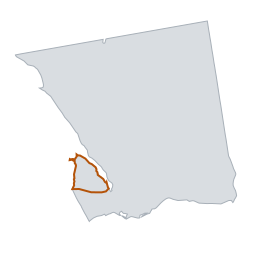 Janub Sina' on a map of Egypt (Robinson projection), rotated 170°
{"feature_id": "EGY-1557", "entity_name": "Janub Sina'", "entity_type": "Governorate", "adm_level": 1, "iso_a3": "EGY", "parent_name": "Egypt", "parent_adm1": "", "projection": "robinson", "projection_center": [33.959, 28.827], "detail": "coarse", "context": "in_parent", "style": "outline", "palette": "amber", "viewbox_px": 256, "rotation_deg": 170, "n_neighbors": 0, "source": "natural_earth", "source_scale": "10m", "svg_char_len": 3623}
<svg xmlns="http://www.w3.org/2000/svg" viewBox="0 0 256 256"><g transform="rotate(170 128 128)"><path d="M226.2,219.5L220.9,219.6L215.5,219.6L210.1,219.6L204.7,219.6L199.3,219.6L194.0,219.6L188.6,219.6L183.2,219.6L177.8,219.6L172.5,219.6L167.1,219.6L161.7,219.6L156.3,219.6L150.9,219.6L145.6,219.6L140.2,219.6L137.1,219.6L137.6,217.9L138.0,216.7L137.6,215.9L136.6,215.6L135.9,215.9L134.3,219.4L133.4,219.6L131.5,219.6L125.3,219.6L119.0,219.6L112.7,219.6L106.5,219.6L100.2,219.6L93.9,219.6L87.7,219.6L81.4,219.6L75.2,219.6L68.9,219.6L62.6,219.6L56.4,219.6L50.1,219.6L43.9,219.6L37.6,219.6L31.3,219.6L31.4,215.3L31.5,211.1L31.5,206.8L31.6,202.5L31.6,198.3L31.7,194.0L31.8,189.8L31.8,185.5L31.9,181.2L32.0,177.0L32.0,172.7L32.1,168.5L32.1,164.2L32.2,160.0L32.3,155.7L32.4,151.4L32.5,147.2L32.6,142.9L32.7,138.7L32.7,134.4L32.8,130.1L32.9,125.9L33.0,121.6L33.1,117.4L33.2,113.1L33.3,108.9L33.4,104.6L33.4,100.3L33.5,96.1L33.6,91.8L33.7,87.6L33.8,83.3L33.7,82.5L32.8,79.6L32.1,75.9L31.3,71.4L31.2,70.0L29.9,65.3L29.8,64.0L30.2,63.0L32.7,59.1L33.5,57.2L34.2,54.9L34.4,53.1L33.8,50.2L33.0,47.7L32.8,45.1L32.8,42.5L34.1,40.7L35.6,39.1L36.2,38.1L37.1,36.9L37.7,36.4L38.8,38.7L41.3,39.1L49.6,37.1L58.5,39.1L63.5,39.9L71.1,41.7L75.7,44.8L77.0,45.2L80.4,45.1L82.5,47.0L91.3,47.9L95.9,49.9L98.6,51.6L100.1,52.1L101.6,52.0L103.5,51.4L105.9,50.2L108.5,48.6L114.0,44.5L115.9,43.8L117.2,44.0L118.7,43.9L119.3,42.8L120.1,42.1L120.7,41.2L121.5,40.2L124.3,39.9L130.0,38.1L129.3,38.9L124.2,40.9L126.4,41.2L128.6,40.5L131.2,40.1L131.7,39.2L132.0,37.6L132.5,37.4L134.3,37.7L139.6,40.1L140.9,40.2L144.6,38.9L145.4,38.6L146.6,39.3L149.3,42.4L148.4,42.3L145.4,39.7L145.2,41.0L143.5,43.3L145.6,44.3L147.3,44.7L148.2,45.9L148.7,47.1L150.4,46.6L151.6,45.0L151.0,44.2L150.6,43.3L151.2,43.2L152.3,44.0L155.7,46.9L156.8,47.5L158.1,47.4L160.8,46.6L161.6,46.7L165.2,45.6L165.6,46.4L166.2,47.2L169.2,46.4L173.8,46.4L177.6,45.4L182.0,43.1L182.3,42.7L182.6,43.3L183.1,44.9L184.4,48.9L185.6,52.1L187.0,56.5L187.5,58.2L187.7,59.3L189.7,64.2L191.0,68.1L191.9,71.4L193.2,76.1L193.7,77.7L192.8,78.6L191.0,81.6L189.1,91.3L186.4,98.9L186.1,103.7L185.6,105.4L184.3,107.8L182.7,110.2L179.9,109.0L175.3,104.8L172.6,100.9L169.7,98.3L167.0,95.0L166.3,92.5L166.3,91.0L165.1,87.2L164.3,85.4L161.0,81.3L160.0,79.2L159.3,78.2L158.6,76.9L157.4,71.6L156.1,68.3L154.6,69.2L154.9,70.6L153.5,72.5L152.8,74.8L153.4,76.6L156.0,79.4L156.6,80.7L157.2,83.3L157.1,86.9L157.5,88.1L159.5,90.8L160.3,92.4L160.7,93.8L161.4,95.0L163.4,97.3L166.3,101.8L169.0,104.8L171.0,106.2L171.8,107.7L172.0,111.4L171.9,113.2L173.6,116.5L174.3,118.2L175.9,119.6L176.7,121.2L177.4,123.7L178.5,131.3L180.0,133.2L184.5,143.2L188.4,149.5L190.2,154.2L193.1,160.0L198.6,172.6L202.0,176.4L203.3,178.6L205.7,180.3L208.3,182.7L205.8,182.5L205.2,182.7L204.3,183.1L203.9,184.5L203.7,185.7L204.1,192.1L204.7,195.4L206.9,201.5L208.6,203.4L209.4,204.6L210.5,205.5L215.7,207.6L218.7,212.0L225.5,217.6L226.2,219.2L226.2,219.5Z" fill="#d9dde1" stroke="#a8b0b8" stroke-width="1"/><path d="M193.4,77.5L191.0,80.9L190.9,83.0L190.0,84.7L190.2,87.0L189.5,87.7L189.2,91.8L185.8,99.7L185.8,101.3L186.5,102.4L186.2,106.2L182.6,109.7L183.3,110.1L183.2,110.9L182.2,109.8L180.0,109.2L175.3,105.3L172.1,100.1L170.0,98.8L167.1,95.4L167.3,94.8L167.1,95.3L166.7,94.9L166.2,92.9L166.7,91.2L165.8,89.8L165.9,87.0L161.2,82.1L160.1,78.9L158.8,77.6L158.5,78.1L158.1,73.1L157.5,71.8L160.7,69.4L165.2,69.2L175.4,71.1L186.7,76.4L193.4,77.5ZM187.4,106.3L189.2,107.2L187.5,107.0L187.1,105.8L187.5,105.4L188.0,105.8L187.4,106.3ZM191.0,106.5L190.6,107.5L189.9,107.0L190.2,106.5L191.0,106.5Z" fill="none" stroke="#b45309" stroke-width="2"/></g></svg>